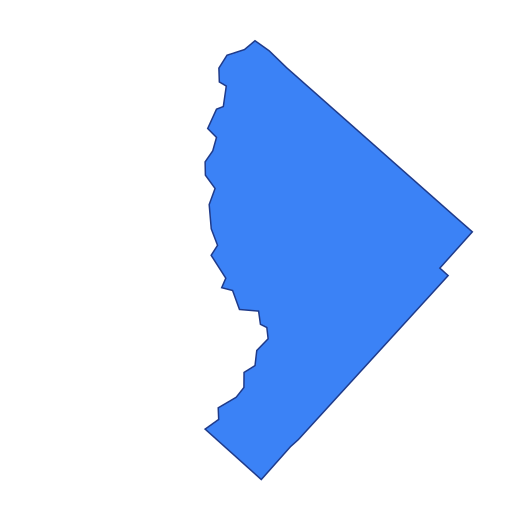 Lafayette, Florida, United States of America (Robinson projection), rotated 222°
{"feature_id": "52423323B3691200212151", "entity_name": "Lafayette", "entity_type": "district", "adm_level": 2, "iso_a3": "USA", "parent_name": "United States of America", "parent_adm1": "Florida", "projection": "robinson", "projection_center": [-83.115, 30.041], "detail": "fine", "context": "isolated", "style": "filled", "palette": "blue", "viewbox_px": 512, "rotation_deg": 222, "n_neighbors": 0, "source": "geoboundaries", "source_scale": "gbopen_adm2", "svg_char_len": 696}
<svg xmlns="http://www.w3.org/2000/svg" viewBox="0 0 512 512"><g transform="rotate(222 256 256)"><path d="M178.0,93.3L102.5,93.4L102.8,137.5L101.7,147.8L100.1,370.0L111.3,370.0L111.4,418.7L132.8,418.4L359.3,416.4L383.6,417.3L400.8,415.3L402.7,401.7L411.9,385.8L409.3,370.8L399.7,360.8L391.8,362.4L380.3,345.2L383.6,338.7L377.2,318.4L364.7,317.7L358.5,305.2L356.8,291.9L347.7,282.2L331.6,278.8L325.2,262.9L307.5,246.3L291.7,238.2L289.8,226.5L263.6,219.3L260.3,209.5L250.3,214.7L232.5,205.2L217.2,216.8L207.0,208.2L200.1,210.1L191.6,202.6L192.2,186.3L183.4,173.9L187.0,161.5L177.0,150.2L176.2,137.8L182.5,117.9L174.4,109.6L178.0,93.3Z" fill="#3b82f6" stroke="#1e3a8a" stroke-width="1.5"/></g></svg>